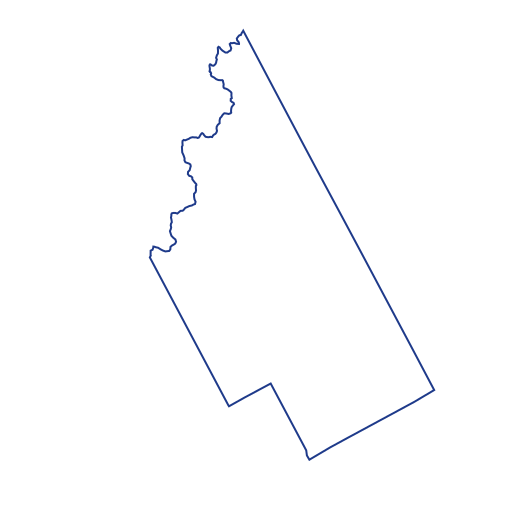 Glacier, Montana, United States of America, rotated 62°
{"feature_id": "52423323B15863349555914", "entity_name": "Glacier", "entity_type": "district", "adm_level": 2, "iso_a3": "USA", "parent_name": "United States of America", "parent_adm1": "Montana", "projection": "robinson", "projection_center": [-113.626, 48.654], "detail": "fine", "context": "isolated", "style": "outline", "palette": "blue", "viewbox_px": 512, "rotation_deg": 62, "n_neighbors": 0, "source": "geoboundaries", "source_scale": "gbopen_adm2", "svg_char_len": 2800}
<svg xmlns="http://www.w3.org/2000/svg" viewBox="0 0 512 512"><g transform="rotate(62 256 256)"><path d="M207.4,350.4L374.8,350.5L376.0,350.4L375.6,332.5L375.5,302.9L451.2,302.9L456.0,304.7L460.9,304.5L459.8,280.1L459.6,260.2L459.1,184.8L458.0,161.6L410.9,161.5L376.5,161.5L335.3,161.5L300.2,161.5L257.9,161.6L205.5,161.8L172.9,161.8L115.8,161.7L51.1,161.5L51.5,162.1L52.4,163.9L53.8,165.7L53.3,167.0L53.8,168.5L54.9,170.8L56.8,171.4L58.5,170.9L60.2,171.1L60.8,171.5L59.4,173.6L57.5,175.2L56.8,177.5L56.1,178.2L56.5,179.7L58.0,180.0L60.9,180.3L62.6,182.0L62.5,183.6L62.9,185.8L62.0,187.5L58.9,189.2L56.1,190.1L54.9,190.1L53.7,190.9L54.2,192.0L57.0,193.2L59.4,194.6L60.4,196.3L62.3,198.2L64.1,198.3L65.2,199.4L66.6,200.5L67.6,201.9L68.1,204.1L67.2,205.4L65.8,206.0L65.2,206.5L65.7,207.5L66.7,208.0L68.8,208.7L70.3,209.5L71.0,210.3L71.8,210.3L72.2,209.8L73.6,209.8L74.4,210.7L76.3,210.9L77.6,210.0L78.9,209.1L81.1,208.2L83.0,206.6L84.4,204.3L84.9,203.2L85.6,202.9L86.8,203.3L89.2,203.9L90.7,205.0L92.0,205.5L93.1,205.2L93.9,204.2L95.5,202.9L97.4,202.0L99.3,201.2L100.5,201.1L102.8,202.4L105.3,203.3L105.4,204.5L107.1,205.5L108.8,204.9L110.2,203.9L111.6,204.1L112.4,206.1L113.1,207.6L114.6,208.9L116.5,210.1L117.8,210.6L118.1,211.5L117.9,212.3L117.8,213.4L116.1,215.5L115.1,217.0L115.6,218.9L116.1,219.9L116.8,221.1L117.4,222.9L119.2,224.5L121.7,225.8L122.2,228.1L123.4,230.0L124.9,231.0L127.2,231.7L128.4,233.0L129.1,234.5L129.1,236.1L129.4,237.3L130.4,238.9L129.3,240.4L129.0,241.8L128.1,243.3L127.0,244.6L124.4,245.2L123.4,245.2L122.2,245.9L122.3,246.6L122.9,248.0L124.0,249.7L124.6,250.8L124.4,252.1L123.3,253.0L122.3,254.8L121.3,256.3L120.8,258.4L121.0,260.3L120.8,262.3L120.6,264.3L119.6,265.3L119.9,266.8L121.1,267.6L122.6,268.3L123.9,268.9L124.7,270.1L126.2,270.8L127.7,271.5L129.9,272.5L133.2,272.7L136.2,273.2L138.1,274.3L140.1,274.3L141.7,272.9L142.7,271.9L144.3,271.0L146.0,271.4L147.2,272.6L149.1,274.3L149.8,276.5L151.7,277.7L154.0,277.3L154.9,276.1L156.7,275.4L158.4,276.2L160.3,275.9L163.1,275.4L164.3,275.0L165.4,275.3L165.9,276.2L167.7,277.2L170.0,278.2L171.3,279.4L172.0,281.5L174.7,282.9L177.1,283.7L179.8,283.9L181.5,285.5L181.2,287.1L181.3,288.9L180.6,291.4L180.5,293.6L180.3,295.8L181.4,298.4L181.6,299.5L180.7,301.5L181.1,303.3L181.6,305.5L180.1,307.0L179.1,308.9L178.8,310.4L179.6,311.3L180.8,311.9L182.1,313.0L183.6,313.4L185.1,313.9L186.7,314.5L187.5,315.8L188.9,316.9L191.0,317.5L192.4,318.8L193.6,320.3L196.1,320.8L198.4,321.2L201.0,320.5L203.6,319.4L205.9,319.9L207.1,321.5L207.3,323.0L207.3,325.2L207.8,327.2L210.0,328.6L210.8,330.3L210.2,331.8L209.4,333.9L207.4,335.7L205.5,337.0L202.7,338.6L201.2,340.4L200.2,341.2L199.5,342.2L200.3,342.7L201.9,344.4L201.8,346.5L203.8,347.6L205.8,348.7L206.2,348.7L207.4,350.4Z" fill="none" stroke="#1e3a8a" stroke-width="2"/></g></svg>